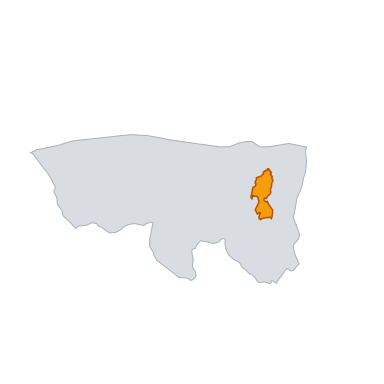 Bopolu, Gbapolu, Liberia shown in context, rotated 146°
{"feature_id": "62588387B82153656109433", "entity_name": "Bopolu", "entity_type": "district", "adm_level": 2, "iso_a3": "LBR", "parent_name": "Liberia", "parent_adm1": "Gbapolu", "projection": "orthographic", "projection_center": [-10.518, 7.211], "detail": "fine", "context": "in_parent", "style": "filled", "palette": "amber", "viewbox_px": 384, "rotation_deg": 146, "n_neighbors": 0, "source": "geoboundaries", "source_scale": "gbopen_adm2", "svg_char_len": 4359}
<svg xmlns="http://www.w3.org/2000/svg" viewBox="0 0 384 384"><g transform="rotate(146 192 192)"><path d="M71.9,165.1L75.0,162.5L79.6,154.0L85.9,145.9L91.9,141.1L96.6,136.2L101.6,132.4L108.7,128.0L119.6,116.4L122.1,115.0L123.9,106.9L126.6,96.7L129.7,93.5L137.1,91.6L138.9,89.8L141.5,82.6L143.2,74.2L143.3,72.3L146.2,72.1L151.2,70.3L154.1,71.1L155.4,73.5L156.1,75.6L171.2,70.3L172.5,69.2L173.3,69.4L175.2,74.1L176.3,73.8L177.2,72.5L178.2,72.3L179.4,73.0L180.6,75.2L182.5,77.1L185.8,78.5L187.8,80.4L187.6,85.5L188.4,90.4L189.9,91.6L190.6,94.5L191.0,97.7L191.8,99.4L192.4,102.7L192.1,106.2L192.7,108.6L195.1,112.9L196.6,118.2L196.6,122.0L195.8,125.9L194.2,129.6L191.4,133.6L191.1,135.1L192.8,136.2L195.4,136.4L197.5,135.5L202.8,137.3L205.7,140.0L208.1,143.2L210.4,144.8L211.4,146.8L215.2,146.3L219.6,144.3L220.5,143.4L221.8,143.9L224.7,144.0L226.6,140.5L228.2,136.4L231.6,132.0L233.3,130.3L233.7,127.5L233.9,123.9L235.1,120.7L238.0,119.0L241.0,119.0L242.7,119.6L243.5,122.7L246.0,125.0L248.1,126.6L249.2,127.2L251.0,129.0L252.7,135.2L259.3,155.0L259.0,160.5L257.7,164.1L257.7,167.6L257.3,171.0L253.3,176.7L241.5,188.4L242.4,189.4L245.3,190.7L248.1,191.4L250.5,191.0L253.5,193.9L256.7,197.5L260.0,199.4L264.9,201.0L269.2,201.2L272.8,200.5L277.9,201.2L283.3,204.2L285.3,209.2L286.6,213.5L288.5,215.7L288.8,219.5L292.7,222.7L298.2,223.4L305.3,227.2L307.2,227.0L307.9,226.5L308.8,227.2L310.7,238.4L312.1,244.3L311.4,246.7L310.4,248.6L310.4,257.6L307.2,262.8L306.7,268.4L305.8,270.3L302.4,272.0L302.3,276.3L301.4,281.6L301.1,287.2L302.1,301.8L302.4,312.7L303.9,314.8L297.2,313.9L277.4,305.7L262.1,301.0L210.8,273.9L196.6,263.0L180.2,246.7L143.8,213.9L135.5,208.6L125.0,206.1L118.6,203.3L114.0,200.2L110.3,191.1L101.2,185.7L84.5,178.0L71.9,165.1Z" fill="#d9dde1" stroke="#a8b0b8" stroke-width="1"/><path d="M141.1,125.6L140.3,126.1L139.3,127.0L138.2,128.4L136.9,129.4L136.0,131.0L135.2,132.3L135.2,132.6L135.2,132.9L135.4,138.4L134.8,142.2L136.1,142.3L136.3,142.8L136.7,143.5L137.0,144.6L136.9,144.7L136.5,145.5L135.8,146.3L135.4,146.3L134.8,146.2L134.2,145.1L133.5,145.3L131.2,146.4L129.8,146.5L129.0,146.5L127.2,147.4L126.6,147.8L126.6,148.2L126.6,148.8L125.8,149.8L125.7,149.9L125.6,150.1L124.4,151.3L123.3,151.9L122.0,153.3L121.6,154.0L121.0,154.9L120.2,155.0L119.1,155.8L118.7,156.0L118.8,156.5L118.2,156.9L118.4,157.7L118.4,157.9L117.8,158.8L117.8,159.4L116.9,159.6L117.0,160.1L117.0,160.4L117.0,160.5L116.8,161.2L116.9,161.9L116.9,162.3L117.0,162.4L117.4,162.9L116.7,163.0L116.3,163.1L115.7,163.4L115.8,163.5L115.8,163.8L115.8,164.1L115.6,164.4L115.5,164.5L115.7,164.8L115.3,165.1L115.4,165.3L115.5,165.5L115.6,165.8L115.7,166.0L115.9,166.4L116.0,166.5L115.8,166.6L115.5,166.6L115.6,167.0L115.7,167.3L115.5,167.6L115.5,167.9L115.5,168.0L115.6,168.4L115.6,168.5L115.9,168.8L116.0,168.9L116.4,168.9L116.6,168.4L117.5,168.2L117.9,168.0L118.3,168.3L118.4,168.5L118.6,168.4L118.8,168.4L119.0,168.7L119.3,168.7L119.5,168.7L119.9,168.6L120.1,168.4L120.2,168.7L120.4,168.8L120.7,168.8L120.9,168.6L121.2,168.6L121.5,168.6L121.8,168.5L122.0,168.4L122.1,168.2L122.2,167.9L122.3,167.8L122.5,167.5L122.5,167.0L123.2,167.0L124.5,166.8L124.8,166.9L125.1,166.9L125.6,166.8L125.8,166.7L126.2,166.7L128.1,167.0L128.5,167.4L129.0,167.4L130.5,167.8L130.5,167.7L131.7,166.3L132.1,166.0L132.3,165.9L132.6,165.7L133.7,165.4L133.8,165.2L134.7,164.0L134.5,163.7L134.2,163.3L134.3,163.2L134.6,162.9L134.8,162.6L135.2,162.2L135.5,161.8L135.6,161.7L136.0,161.7L136.8,161.5L137.6,161.6L138.0,161.7L138.7,161.8L138.8,161.8L139.2,161.4L140.0,160.6L140.3,160.5L140.2,160.4L140.4,160.2L142.2,158.5L143.2,157.5L143.3,157.3L143.9,156.8L145.7,155.1L146.2,154.5L146.2,154.4L146.1,153.2L146.1,152.9L145.1,153.6L145.1,154.0L144.8,154.2L144.6,154.1L144.3,154.2L144.3,154.6L144.3,155.6L143.5,155.4L143.3,155.1L143.2,154.1L142.6,153.5L142.4,153.3L142.0,153.4L141.4,153.1L141.0,152.5L140.8,152.0L140.6,151.6L140.4,150.6L141.0,149.2L141.4,148.2L141.4,147.7L141.5,147.1L142.5,146.0L143.3,145.5L144.6,144.7L145.3,144.3L146.4,143.7L147.5,143.1L148.9,142.3L149.0,142.3L149.6,141.5L149.8,139.7L150.1,137.3L150.1,137.1L149.2,137.1L148.5,137.1L148.2,137.3L147.9,137.4L147.9,136.9L147.2,136.3L148.1,135.7L150.4,134.0L151.3,132.1L150.5,131.8L150.2,131.2L150.4,130.8L149.1,130.9L147.6,130.3L145.5,129.7L143.6,128.3L142.1,128.0L141.3,127.3L141.1,125.6Z" fill="#f59e0b" stroke="#b45309" stroke-width="1.5"/></g></svg>